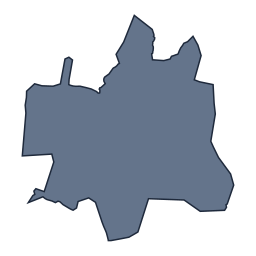 outline of Tureta, Sokoto, Nigeria
{"feature_id": "59680162B25728635468586", "entity_name": "Tureta", "entity_type": "district", "adm_level": 2, "iso_a3": "NGA", "parent_name": "Nigeria", "parent_adm1": "Sokoto", "projection": "orthographic", "projection_center": [5.499, 12.518], "detail": "fine", "context": "isolated", "style": "filled", "palette": "slate", "viewbox_px": 256, "rotation_deg": 0, "n_neighbors": 0, "source": "geoboundaries", "source_scale": "gbopen_adm2", "svg_char_len": 1691}
<svg xmlns="http://www.w3.org/2000/svg" viewBox="0 0 256 256"><path d="M193.0,36.3L187.6,41.7L183.8,43.3L182.6,45.4L180.7,47.9L179.3,50.8L178.3,53.4L177.7,54.3L176.4,54.6L174.0,55.5L171.5,56.3L170.1,59.0L163.8,60.6L152.5,59.8L152.3,58.1L151.8,55.3L151.7,53.7L152.3,53.5L152.7,53.0L152.7,51.8L153.1,50.4L153.3,48.4L153.3,47.9L153.3,47.1L153.2,46.6L152.9,45.9L152.5,45.2L152.6,44.6L152.8,43.1L152.7,42.0L153.6,41.1L154.6,39.1L154.7,37.6L153.5,36.5L154.0,35.2L153.7,33.9L152.2,29.4L134.3,15.4L123.7,42.0L116.1,54.3L119.4,63.4L118.1,64.1L117.0,65.6L115.5,66.9L113.4,68.0L112.9,68.5L109.0,74.0L104.8,77.0L104.3,77.7L103.8,79.0L103.8,79.8L103.9,81.2L105.2,83.7L100.9,87.6L99.8,87.8L99.6,88.3L99.2,89.1L99.7,89.6L99.9,90.2L99.8,91.2L99.9,91.9L99.6,93.0L98.1,93.1L97.5,92.4L96.2,91.4L91.3,89.0L86.0,87.6L80.0,86.2L75.7,86.3L73.0,86.0L70.4,85.3L68.8,84.6L69.1,79.4L72.5,60.0L68.9,57.2L65.0,59.0L60.4,83.9L53.1,86.2L41.9,85.8L34.6,83.8L26.6,91.2L26.5,95.1L26.4,97.6L25.2,105.2L25.9,113.1L22.3,155.9L51.8,154.1L53.8,162.0L44.2,191.6L35.9,188.7L33.9,191.1L34.8,194.4L32.9,195.5L28.3,202.6L35.2,199.9L42.9,196.8L45.3,198.7L47.1,199.6L52.0,201.0L55.4,202.6L58.0,201.2L60.0,201.8L63.0,204.6L69.5,208.5L71.2,209.4L73.1,210.2L76.5,208.0L78.1,201.5L88.7,197.9L95.5,202.3L102.0,221.9L103.5,225.9L104.0,227.1L105.2,229.8L106.4,232.7L107.4,236.5L108.2,239.7L108.3,240.6L110.9,240.6L121.2,238.7L128.9,237.2L137.9,232.0L148.5,198.7L184.1,200.0L200.2,211.3L224.6,210.3L226.5,207.3L226.0,204.8L227.2,204.0L233.7,185.1L230.6,174.0L218.5,157.5L213.3,146.9L210.8,141.3L215.3,114.0L214.1,103.3L213.1,84.6L199.5,81.8L194.3,79.8L201.1,55.6L197.9,45.1L193.0,36.3Z" fill="#64748b" stroke="#1e293b" stroke-width="1.5"/></svg>